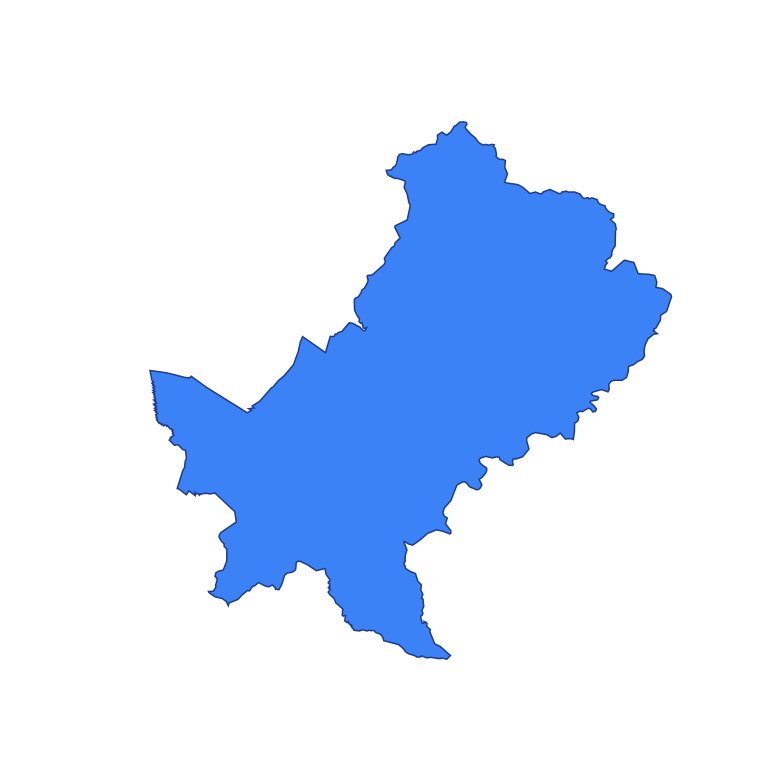 Tasquillo, Hidalgo, Mexico, rotated 123°
{"feature_id": "50627088B25461945792705", "entity_name": "Tasquillo", "entity_type": "district", "adm_level": 2, "iso_a3": "MEX", "parent_name": "Mexico", "parent_adm1": "Hidalgo", "projection": "robinson", "projection_center": [-99.367, 20.531], "detail": "fine", "context": "isolated", "style": "filled", "palette": "blue", "viewbox_px": 768, "rotation_deg": 123, "n_neighbors": 0, "source": "geoboundaries", "source_scale": "gbopen_adm2", "svg_char_len": 6171}
<svg xmlns="http://www.w3.org/2000/svg" viewBox="0 0 768 768"><g transform="rotate(123 384 384)"><path d="M554.1,509.1L557.0,508.7L562.7,505.8L566.6,505.5L584.3,500.5L583.8,498.0L584.6,489.5L579.9,489.4L580.4,481.5L578.1,483.1L578.8,481.6L577.1,480.8L577.8,478.4L576.5,478.5L576.2,477.2L575.5,477.4L571.8,472.5L571.1,470.1L567.5,466.5L572.3,439.6L580.2,432.7L597.1,439.8L600.1,440.0L602.1,439.1L604.2,435.3L605.2,430.8L607.1,429.9L608.2,425.8L618.2,419.4L627.5,417.5L631.4,421.0L633.9,422.2L637.3,421.0L638.4,417.6L644.7,415.5L646.3,414.3L650.8,414.3L653.6,418.2L654.3,416.9L654.5,409.9L652.0,402.9L652.3,397.7L654.7,393.9L652.1,394.7L644.2,389.2L638.4,388.2L631.4,385.9L630.9,384.2L625.5,384.0L623.0,382.2L618.9,381.2L618.0,373.2L616.8,370.1L613.5,368.3L613.8,365.0L615.2,363.2L613.6,360.0L607.0,360.8L598.5,363.2L595.2,362.2L592.2,358.8L589.2,357.2L587.3,357.2L581.9,360.2L580.1,360.2L578.5,358.3L577.3,349.9L577.4,339.1L570.9,333.0L575.2,328.9L577.6,322.8L578.5,322.2L580.4,322.9L581.2,322.3L581.1,320.6L582.5,320.3L583.4,318.7L584.8,319.9L585.5,319.4L585.5,317.2L588.9,317.5L590.2,314.8L591.2,308.7L593.8,305.3L595.1,296.1L600.8,293.0L600.9,291.9L599.1,290.2L604.1,287.9L604.3,285.1L602.7,284.6L604.2,282.8L603.9,279.7L605.0,280.0L605.1,278.4L606.0,277.8L605.8,276.9L606.9,275.1L604.6,270.3L601.6,267.8L600.4,263.8L598.5,262.2L598.0,260.5L596.1,258.3L596.9,255.7L595.8,250.6L597.1,247.1L599.4,244.4L594.6,229.9L595.4,223.8L596.8,220.1L596.9,216.7L595.1,210.1L595.1,207.6L592.9,204.6L591.6,204.6L590.3,198.8L587.9,196.1L584.1,187.9L582.1,185.7L580.6,181.4L575.5,180.4L573.5,194.0L574.3,199.9L566.7,210.8L564.8,211.3L564.3,214.8L563.0,216.9L561.5,217.5L560.9,218.9L561.4,221.0L562.0,219.8L563.9,221.6L559.7,226.1L558.1,226.6L556.4,226.0L554.8,226.8L553.4,228.9L548.9,229.5L543.1,234.2L543.4,235.8L539.3,236.8L536.8,240.9L532.0,243.3L531.0,248.2L525.8,254.4L527.0,260.3L526.9,265.5L524.9,267.5L524.6,268.7L522.3,270.3L521.6,269.5L515.9,272.9L510.5,274.5L505.8,281.2L504.9,281.0L504.7,275.7L503.5,272.2L495.4,268.9L485.6,266.1L477.8,260.6L475.4,254.5L473.9,247.1L472.5,246.8L470.6,248.2L467.7,256.3L462.0,257.9L461.8,261.9L459.6,264.7L455.0,265.9L445.5,264.4L429.2,267.8L425.7,266.1L423.0,264.4L421.8,262.1L423.6,256.1L422.2,248.6L420.8,247.2L418.5,246.6L415.2,247.1L412.1,252.3L409.0,250.9L403.3,250.2L400.2,250.9L398.5,252.3L398.4,258.1L397.5,261.2L395.3,263.1L393.5,262.6L389.2,259.1L387.0,252.8L384.1,250.3L382.7,247.5L384.3,245.4L384.3,239.0L384.1,234.9L382.3,231.9L381.2,231.7L379.6,233.7L376.4,234.9L375.2,232.6L369.5,228.1L359.6,227.0L354.0,233.4L351.4,234.9L345.6,233.1L342.3,230.6L337.8,219.9L337.6,214.2L334.5,211.3L329.2,209.4L331.4,202.0L328.1,197.7L327.4,195.0L319.6,198.7L313.1,202.8L309.3,201.3L305.7,202.6L303.3,206.6L300.1,205.0L299.2,202.6L293.2,199.7L292.4,197.5L293.7,193.7L291.8,191.8L289.3,192.2L287.8,196.4L287.2,201.2L285.8,201.4L281.1,196.4L278.6,196.4L277.9,198.1L279.1,200.0L279.9,203.7L279.0,204.9L276.7,204.2L270.2,198.5L268.6,191.9L265.8,192.2L261.9,195.3L258.6,195.2L255.5,193.2L251.3,186.4L246.5,184.2L240.6,185.9L236.2,188.5L231.8,185.2L226.9,183.5L222.8,180.8L218.5,180.8L214.5,184.0L209.3,186.2L202.3,187.2L195.4,185.0L192.9,182.1L192.7,186.9L191.9,186.7L191.4,187.7L188.8,186.4L179.7,187.0L175.7,189.4L169.0,186.6L154.2,190.4L152.6,192.4L152.3,202.4L154.9,208.6L150.0,210.7L146.0,215.5L145.7,216.6L147.8,221.7L153.1,230.9L146.0,240.7L149.3,249.9L165.4,254.4L167.6,261.7L163.9,262.9L160.8,262.6L160.3,265.1L156.4,264.2L155.1,263.1L151.5,263.2L150.8,264.2L146.4,265.5L142.4,265.3L129.4,273.3L127.7,273.5L123.9,277.1L122.6,283.9L119.3,282.2L116.3,283.9L117.1,288.0L116.8,290.9L116.1,293.4L114.1,296.0L115.2,298.7L115.4,302.7L113.3,305.7L114.7,311.1L117.0,312.7L116.6,314.5L119.5,317.3L119.5,319.0L117.9,323.1L119.2,328.8L122.6,333.9L123.2,336.6L124.9,337.7L125.6,339.2L127.9,339.5L128.9,340.4L130.5,350.9L136.1,355.0L139.3,355.6L140.5,361.5L144.8,365.4L143.5,374.1L143.8,380.2L148.6,390.6L149.0,392.8L140.4,394.9L136.6,400.7L130.6,403.8L130.7,406.3L132.8,409.9L132.2,413.9L130.1,414.8L125.8,418.9L125.2,421.6L123.4,421.8L124.4,424.3L126.4,425.8L127.7,429.2L129.6,430.8L130.0,436.0L127.9,441.4L127.2,447.3L125.2,454.8L124.4,455.9L121.0,455.9L119.9,457.3L120.8,460.0L123.3,463.3L128.1,464.4L129.2,465.4L136.0,465.3L141.2,466.9L141.2,472.6L146.2,474.7L149.4,472.5L154.6,471.0L159.0,476.9L164.9,480.2L168.0,480.5L171.3,483.5L172.7,483.1L173.4,485.6L175.5,485.2L178.5,488.4L181.0,494.3L183.0,496.0L185.6,496.2L192.3,493.5L194.8,493.3L197.5,494.4L200.4,494.4L203.6,498.5L206.4,495.1L206.5,492.3L205.7,491.0L206.2,490.2L205.8,487.2L204.0,484.1L202.3,477.2L203.0,476.1L208.2,474.2L211.7,468.4L218.2,462.0L220.0,459.2L233.7,453.9L245.3,460.8L246.7,460.3L252.7,450.0L259.6,451.6L262.6,450.5L265.7,451.8L278.0,452.2L279.5,451.3L280.4,449.5L283.6,449.0L299.1,453.3L301.5,456.5L302.8,456.9L305.7,453.8L307.8,453.1L313.9,452.6L317.6,453.7L320.3,452.9L324.8,453.0L327.9,454.9L329.7,454.7L338.2,448.8L341.3,443.7L342.6,440.1L345.3,438.9L345.8,436.7L344.7,435.7L348.3,431.9L348.1,430.8L346.2,429.3L349.1,428.9L350.0,429.2L350.4,431.4L349.5,434.9L350.0,442.8L351.5,446.5L362.6,447.9L366.0,450.4L368.2,450.8L368.6,452.0L371.6,451.9L373.3,455.0L389.6,450.2L388.6,478.1L394.5,477.0L403.3,473.6L417.2,470.4L431.8,472.3L438.9,474.5L447.5,475.5L448.2,476.3L466.0,478.8L474.3,482.6L474.8,479.8L478.4,484.0L478.2,480.9L482.6,483.0L483.5,531.5L482.5,549.9L484.8,550.3L486.9,554.5L493.1,572.6L500.1,587.6L507.5,580.4L507.8,578.1L509.7,579.2L510.0,576.9L511.0,577.4L511.0,575.0L513.0,576.0L513.4,573.6L515.3,574.4L515.1,572.2L517.1,573.2L517.2,570.9L518.2,571.3L519.2,569.2L520.2,569.7L520.9,567.5L522.8,568.5L522.6,566.3L523.6,566.7L523.8,564.4L526.3,566.2L526.2,564.0L527.1,564.6L527.3,562.3L529.3,563.2L529.1,561.0L531.1,562.0L530.9,559.7L531.9,560.2L532.3,557.8L534.3,558.7L535.0,556.7L536.1,557.0L536.9,555.0L537.8,555.3L539.5,551.1L538.6,550.7L539.4,548.5L538.4,548.2L539.2,546.0L537.2,545.4L537.9,543.2L536.8,542.9L538.2,538.7L537.3,538.1L537.8,535.8L538.8,536.3L539.8,534.1L540.7,534.5L541.4,532.4L545.3,534.0L545.5,533.4L548.0,533.6L549.5,526.3L547.1,523.7L548.6,517.0L547.7,514.4L554.1,509.1Z" fill="#3b82f6" stroke="#1e3a8a" stroke-width="1.5"/></g></svg>